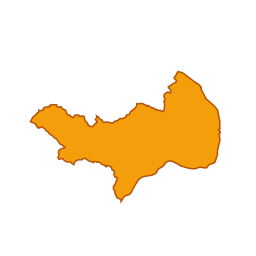 Samuoi, Saravan, Laos, rotated 291°
{"feature_id": "54806243B94049695907039", "entity_name": "Samuoi", "entity_type": "district", "adm_level": 2, "iso_a3": "LAO", "parent_name": "Laos", "parent_adm1": "Saravan", "projection": "natural_earth1", "projection_center": [106.894, 16.358], "detail": "fine", "context": "isolated", "style": "filled", "palette": "amber", "viewbox_px": 256, "rotation_deg": 291, "n_neighbors": 0, "source": "geoboundaries", "source_scale": "gbopen_adm2", "svg_char_len": 5784}
<svg xmlns="http://www.w3.org/2000/svg" viewBox="0 0 256 256"><g transform="rotate(291 128 128)"><path d="M56.9,147.9L62.2,148.9L64.2,150.3L66.2,153.0L68.4,154.0L72.0,154.5L73.1,154.5L80.2,155.6L83.8,156.5L84.8,157.0L85.5,157.5L88.0,159.6L92.5,167.2L95.2,169.9L96.2,170.4L100.1,170.8L101.4,171.6L103.5,173.5L105.4,174.6L108.7,175.6L110.1,176.2L110.9,176.7L112.0,178.2L112.7,181.0L112.4,185.7L111.5,190.6L112.0,197.4L112.8,201.9L113.8,204.8L114.9,206.5L115.9,207.3L116.9,208.8L117.6,210.7L117.9,212.6L118.6,214.9L119.0,215.6L119.6,215.9L122.5,216.6L123.4,217.4L125.2,219.7L126.0,220.5L127.4,221.4L134.6,221.1L135.9,220.9L136.8,220.3L139.5,219.6L150.1,218.1L150.8,217.4L152.1,216.6L152.6,216.7L153.3,216.4L154.1,215.8L154.4,215.4L154.7,215.4L155.0,215.2L155.6,215.1L155.8,215.2L155.9,215.7L156.1,215.8L157.0,215.6L157.6,215.3L158.1,215.0L158.1,214.1L158.4,213.7L158.4,213.2L158.5,213.0L159.0,213.1L159.8,213.9L160.4,214.2L160.8,214.1L161.4,213.6L162.0,213.4L162.5,212.9L163.1,212.9L163.7,212.5L166.7,211.5L168.2,210.8L169.6,209.7L176.0,205.8L177.0,204.9L178.6,202.3L179.5,200.5L182.3,193.2L183.5,189.5L184.4,189.2L184.7,188.7L185.8,187.7L186.7,186.4L188.4,184.8L189.7,182.9L191.2,182.2L192.1,181.9L193.2,180.2L193.9,178.5L195.2,172.7L198.9,160.1L199.1,158.7L198.6,154.4L198.0,154.4L197.3,154.0L196.3,154.2L195.5,154.0L194.6,153.9L194.1,153.6L193.6,153.6L192.8,153.3L191.3,153.1L191.0,153.2L190.7,153.7L190.1,155.3L189.5,156.3L188.9,156.6L188.6,156.6L188.2,156.2L187.5,156.0L186.0,154.5L185.1,153.9L184.8,153.6L184.0,153.3L182.6,152.2L182.3,152.2L181.1,150.8L180.4,151.5L179.9,151.5L179.9,152.1L179.5,152.6L179.2,153.4L178.1,155.0L175.8,154.8L175.8,153.7L176.1,153.1L176.0,152.4L174.6,151.1L173.9,151.0L173.5,150.4L172.8,150.1L172.6,149.8L171.8,149.8L170.3,150.5L169.6,150.5L169.4,151.0L168.4,151.8L167.9,152.1L167.5,152.6L167.1,152.6L166.3,152.1L165.6,152.0L165.0,152.4L164.4,153.3L163.4,153.4L162.2,154.3L160.1,154.5L157.1,155.6L156.7,155.3L156.5,154.3L155.7,154.1L155.6,153.9L155.7,152.8L156.1,151.6L155.6,151.0L155.5,150.2L155.1,149.0L155.2,148.5L155.5,147.9L155.0,147.1L155.9,145.0L155.9,144.7L155.6,144.3L155.6,143.7L155.4,142.3L155.9,141.1L156.1,139.5L156.2,138.6L155.6,138.5L155.2,138.2L155.3,137.8L155.5,137.7L155.3,137.3L155.4,136.9L155.8,136.7L155.7,135.8L155.8,135.3L155.8,134.6L156.0,133.9L156.0,133.2L155.9,132.4L155.6,131.7L155.6,131.0L155.2,130.8L154.4,129.4L154.2,127.7L153.8,127.6L151.5,128.0L149.8,127.8L148.9,127.4L147.6,126.5L147.1,126.4L146.5,126.1L146.0,125.9L145.8,125.3L145.2,125.2L144.7,124.8L143.8,124.3L142.5,124.5L141.0,124.2L140.5,123.3L139.8,122.5L139.6,122.0L138.6,121.9L137.3,122.1L136.3,120.8L136.0,120.5L135.5,120.4L134.5,118.8L134.2,118.1L134.2,117.3L133.8,117.3L133.3,116.7L131.6,115.7L131.2,115.7L130.6,114.6L129.7,113.9L129.6,113.2L127.7,112.3L126.9,111.3L126.7,109.8L126.4,109.4L126.5,108.7L126.2,107.7L126.3,106.8L126.2,106.5L125.5,105.0L124.5,103.4L124.4,102.7L124.6,102.3L126.0,101.4L126.2,98.6L126.4,98.2L127.7,96.5L128.0,94.5L127.4,95.0L126.9,95.0L125.8,95.0L124.8,94.4L124.5,94.4L124.0,94.8L123.0,96.7L122.8,97.0L122.6,97.0L121.7,96.5L121.5,96.8L121.2,96.4L120.1,95.8L119.1,95.6L118.7,95.1L117.0,94.7L116.7,94.3L116.6,93.6L116.2,93.4L116.1,92.3L116.1,89.9L116.8,89.9L118.0,88.3L119.3,85.6L120.0,85.1L120.4,84.5L120.6,84.4L121.5,83.8L122.5,83.5L123.1,82.3L123.3,82.1L122.9,81.6L122.5,81.3L122.4,80.7L122.0,80.3L122.3,80.0L122.3,79.8L121.8,79.0L121.9,78.6L121.7,78.4L121.7,77.8L121.8,77.6L122.4,77.1L122.1,76.7L122.0,76.2L121.5,75.3L121.5,74.4L120.9,73.9L120.5,73.9L119.9,73.5L118.5,73.5L118.2,73.3L118.2,73.0L118.2,70.4L119.2,69.5L118.7,67.5L118.8,66.9L119.4,65.9L119.7,65.8L120.4,64.8L121.1,64.4L122.3,63.2L122.4,62.7L122.1,61.9L122.4,61.4L122.6,59.6L123.0,58.8L123.9,58.1L123.9,57.8L123.5,57.1L122.7,56.5L122.7,56.0L122.6,55.7L122.6,55.2L122.5,54.4L122.6,53.9L123.1,53.4L124.1,53.1L123.6,51.9L123.6,51.4L123.3,50.9L123.1,50.7L123.0,50.0L122.9,49.6L122.5,48.9L122.5,48.4L122.4,48.0L121.8,47.8L121.6,47.5L120.9,47.4L121.0,46.8L120.9,46.7L119.7,46.7L119.1,46.4L118.7,45.5L118.6,44.6L118.1,43.8L117.7,43.3L117.6,42.9L117.0,42.4L116.5,42.6L116.2,42.5L115.5,42.0L114.7,42.5L114.3,41.8L113.2,40.9L112.5,39.7L112.3,39.0L112.5,38.4L111.9,38.7L110.8,38.9L110.2,38.6L109.9,38.2L109.3,38.0L108.7,37.5L107.3,37.3L106.7,36.7L105.1,36.0L104.7,35.5L103.7,35.2L99.2,34.6L98.7,36.0L98.8,36.7L99.0,37.3L99.1,38.5L98.4,39.9L98.6,40.6L98.1,40.7L97.4,41.8L96.5,42.5L95.8,44.2L95.9,44.7L96.9,45.3L96.9,46.1L97.9,46.9L98.3,47.6L98.3,48.0L97.8,48.9L97.5,50.6L97.1,51.4L96.3,52.0L96.1,52.4L95.9,54.2L94.3,56.8L94.1,58.0L93.6,60.2L93.2,61.2L92.7,62.0L92.5,62.3L92.2,64.7L92.1,65.1L89.6,69.0L89.1,69.4L88.8,70.3L88.6,70.5L88.7,71.6L88.5,72.9L88.1,73.8L87.3,76.3L87.2,76.3L83.6,72.1L82.1,71.5L80.5,71.7L79.5,72.2L79.3,72.8L79.2,72.8L76.3,73.2L75.5,73.5L75.4,73.3L75.0,74.0L74.3,74.4L74.1,74.6L74.2,75.2L75.5,76.5L75.6,77.5L75.9,78.0L75.1,79.7L74.5,81.5L74.4,82.4L74.5,83.4L75.6,85.8L75.6,86.8L74.8,88.4L74.4,90.5L75.8,90.4L77.5,90.5L78.0,90.8L78.8,91.6L79.7,92.0L80.3,92.7L80.6,93.3L81.8,96.4L83.3,97.1L83.7,97.5L84.1,98.7L84.1,100.4L83.8,100.8L83.3,103.2L83.2,105.0L83.6,106.2L83.1,107.6L83.2,107.8L83.5,108.0L84.5,108.1L84.6,108.3L85.0,110.0L84.8,111.1L85.1,111.6L85.5,111.9L85.7,112.2L85.6,114.6L84.5,117.2L85.0,118.7L84.9,119.4L83.9,121.2L83.9,121.6L84.2,121.7L85.2,121.5L85.5,121.8L85.6,125.8L85.5,126.8L84.5,127.2L83.4,127.9L83.1,128.4L83.0,128.9L83.2,129.7L83.1,130.2L82.8,130.7L82.5,130.9L80.1,131.3L78.0,132.7L77.6,133.3L77.5,133.8L77.6,134.5L77.8,134.9L78.0,135.0L77.7,135.5L77.2,135.9L74.5,136.2L73.5,136.0L70.5,136.2L69.9,135.9L69.1,135.3L68.7,135.3L67.4,135.6L65.5,136.6L64.7,137.9L63.5,139.0L62.5,138.9L61.6,140.1L59.3,142.4L58.9,143.0L58.8,143.4L58.9,145.7L58.6,146.6L57.8,147.5L56.9,147.9Z" fill="#f59e0b" stroke="#b45309" stroke-width="1.5"/></g></svg>